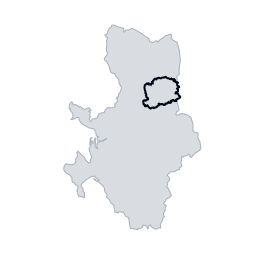 Zhytomyr on a map of Ukraine (Mercator projection), rotated 82°
{"feature_id": "UKR-324", "entity_name": "Zhytomyr", "entity_type": "Region", "adm_level": 1, "iso_a3": "UKR", "parent_name": "Ukraine", "parent_adm1": "", "projection": "mercator", "projection_center": [28.508, 50.617], "detail": "fine", "context": "in_parent", "style": "outline", "palette": "ink", "viewbox_px": 256, "rotation_deg": 82, "n_neighbors": 0, "source": "natural_earth", "source_scale": "10m", "svg_char_len": 7983}
<svg xmlns="http://www.w3.org/2000/svg" viewBox="0 0 256 256"><g transform="rotate(82 128 128)"><path d="M173.0,175.9L175.7,180.1L178.0,182.3L179.2,182.4L182.4,180.9L184.4,181.4L186.3,180.0L190.9,181.0L189.5,183.7L188.8,186.4L182.8,187.4L180.6,185.8L178.2,185.8L176.9,187.8L174.5,189.2L173.8,190.7L169.5,190.6L166.6,192.0L164.4,195.0L162.0,196.8L160.1,197.4L157.2,196.7L154.8,194.7L156.7,189.0L156.0,185.9L154.2,184.4L151.8,184.3L148.7,181.7L145.1,182.1L143.9,180.8L151.3,175.1L152.9,174.9L157.3,171.8L156.5,169.4L154.6,170.0L152.0,168.0L143.6,169.6L138.5,166.6L136.1,166.3L135.5,165.5L138.0,164.9L138.2,163.8L134.8,163.1L132.9,161.7L142.2,163.0L144.7,160.7L142.2,161.5L139.5,161.0L138.6,160.2L137.4,157.8L137.4,154.5L136.2,151.5L135.3,150.6L137.1,155.4L136.6,160.1L132.7,159.8L133.0,157.9L131.2,160.4L128.1,160.5L124.2,161.7L122.5,166.5L117.5,173.2L112.9,175.4L111.3,175.0L110.7,175.6L110.3,177.6L111.1,178.6L111.8,181.8L111.6,183.2L110.0,181.4L108.1,180.6L106.0,180.8L102.2,182.7L100.9,182.4L101.0,183.3L100.6,183.6L97.1,182.7L95.5,181.8L94.3,180.1L95.4,179.3L97.6,179.0L97.5,176.5L100.3,173.4L100.4,172.0L102.8,170.1L103.5,168.0L102.6,164.9L102.9,163.3L105.5,162.2L105.8,164.6L106.3,164.4L106.9,163.2L110.5,164.3L111.6,163.5L113.1,165.1L115.8,164.7L116.5,163.9L114.1,162.0L114.3,158.8L113.5,157.1L110.0,154.8L109.3,152.0L109.6,149.6L107.8,148.6L105.0,145.8L105.8,140.9L105.6,139.1L104.8,137.7L102.5,137.9L100.8,135.0L98.0,134.5L97.2,135.5L96.7,134.5L95.8,134.6L95.8,133.4L95.2,132.9L92.9,132.6L92.3,131.5L89.8,129.8L86.6,128.8L84.9,129.9L84.2,129.6L82.9,130.6L78.5,130.4L75.9,132.6L72.3,133.5L71.9,135.1L70.6,137.2L62.5,138.6L59.1,140.1L58.0,141.4L55.9,141.9L52.3,138.3L51.2,138.0L47.7,138.7L41.8,137.2L38.8,137.2L35.7,135.6L34.7,137.0L32.6,138.0L32.4,136.6L31.4,135.2L29.2,134.7L28.5,133.5L26.5,132.6L25.4,130.0L24.0,130.0L24.1,127.2L25.9,125.1L28.7,118.3L32.2,118.9L32.3,118.2L30.6,116.6L31.0,114.4L30.0,110.1L30.6,108.9L34.5,103.6L42.3,95.0L45.3,94.4L46.6,92.2L46.7,90.7L45.4,87.6L46.8,86.5L46.7,86.0L45.4,84.7L44.0,81.3L41.7,77.9L41.9,76.4L41.0,74.1L41.1,72.4L43.2,71.9L45.0,72.8L47.1,71.4L49.8,67.6L57.9,66.4L67.9,66.7L77.7,69.4L81.9,69.7L83.7,72.6L87.2,72.5L88.2,73.1L88.4,74.8L90.2,72.7L92.0,73.3L94.0,72.4L98.8,73.6L99.3,75.2L100.3,75.7L101.7,73.7L104.6,72.0L107.4,76.6L109.8,75.6L116.8,74.8L118.5,76.3L118.8,77.7L121.2,78.8L122.3,77.1L121.1,72.6L121.7,70.9L123.7,67.0L126.3,64.2L133.1,63.1L139.5,64.1L141.3,62.9L142.3,60.0L143.1,59.3L147.4,60.3L151.3,58.7L158.1,58.6L160.3,60.3L162.5,65.5L165.8,69.2L165.6,70.4L162.6,71.1L162.5,71.7L163.5,73.4L163.8,77.0L164.4,77.4L163.7,78.9L166.9,79.3L169.4,80.5L173.5,79.9L174.6,82.5L176.3,82.8L176.4,84.6L177.8,88.6L177.3,90.8L177.5,92.1L179.6,95.2L180.5,95.6L183.0,93.9L185.6,94.4L187.8,96.8L190.1,96.8L191.5,98.1L193.1,96.6L200.7,94.4L202.6,96.6L202.9,97.9L204.0,99.9L208.0,103.3L209.1,102.9L209.5,101.4L210.4,100.9L212.6,102.5L214.9,102.7L218.0,105.0L221.0,104.4L222.5,106.4L224.3,106.7L228.0,109.5L231.5,109.4L231.2,112.0L232.0,113.1L231.8,115.2L229.3,118.5L226.9,119.5L227.7,121.1L230.4,122.2L230.6,122.8L228.1,123.0L227.1,124.2L226.4,126.8L228.6,127.6L229.3,130.8L228.8,131.8L230.0,132.4L227.5,139.7L216.9,139.9L214.8,142.8L211.7,143.8L210.7,144.6L209.7,148.7L210.7,149.5L209.7,151.2L209.9,152.6L202.1,152.9L199.8,155.6L196.4,156.3L193.5,159.0L192.3,158.2L190.8,158.2L187.5,159.9L184.6,159.8L182.3,160.5L177.4,164.6L175.1,168.1L172.9,169.2L176.0,166.3L176.1,164.8L175.4,163.6L173.5,166.5L171.0,167.8L171.1,171.2L173.0,175.9ZM139.8,168.4L133.0,166.7L132.4,164.7L133.9,166.4L139.8,168.4Z" fill="#d9dde1" stroke="#a8b0b8" stroke-width="1"/><path d="M94.3,71.6L94.5,71.6L94.7,71.8L94.7,72.0L94.7,72.3L94.8,72.5L95.0,72.7L95.3,72.9L95.4,73.0L95.5,73.2L95.6,73.7L95.7,73.9L95.8,74.0L96.0,73.9L96.3,73.6L96.9,73.2L97.2,73.1L97.5,73.1L98.5,73.3L98.8,73.4L98.9,73.7L98.9,74.1L99.1,75.1L99.2,75.4L99.3,75.6L99.5,75.6L99.8,75.5L100.0,75.5L100.1,76.1L100.3,76.2L100.5,76.0L100.5,75.7L100.5,75.0L100.5,74.7L100.8,74.2L101.1,73.8L101.4,73.5L101.8,73.3L102.2,73.3L102.9,73.2L103.2,73.1L103.4,72.9L103.7,72.3L103.9,72.1L104.1,72.0L104.4,72.0L104.8,72.1L105.1,72.3L105.2,72.5L105.5,73.2L105.9,73.8L106.0,74.1L106.1,74.6L105.9,75.0L106.0,75.2L106.2,75.4L106.5,75.7L106.6,76.0L106.7,76.4L106.8,76.8L107.1,76.9L107.3,76.8L107.5,76.7L107.5,76.9L107.6,77.0L107.9,76.9L107.9,77.1L107.9,78.0L107.7,78.4L107.6,78.6L107.4,78.8L107.1,79.0L106.9,79.1L106.6,79.2L106.5,79.3L106.7,80.1L106.9,81.0L106.9,81.3L107.0,81.5L107.1,81.4L107.4,81.0L107.6,81.0L107.8,81.2L108.2,81.5L108.3,81.7L108.3,81.9L108.4,82.0L108.8,82.2L109.0,82.3L109.1,82.6L108.8,83.1L108.7,83.4L108.8,84.1L108.7,84.2L108.4,84.0L108.0,84.0L107.9,84.1L108.0,84.4L108.1,84.5L108.3,84.7L108.9,85.7L109.2,86.0L109.3,86.2L109.0,87.5L109.6,87.7L109.9,87.7L110.0,87.8L110.0,88.1L110.1,88.3L110.2,88.9L110.2,89.1L110.2,89.3L109.6,89.7L109.5,90.0L109.2,90.5L108.9,90.9L108.9,91.1L109.0,91.2L109.3,91.4L109.3,91.6L109.1,92.2L108.9,92.2L108.9,92.3L108.9,92.5L109.1,92.6L109.2,92.8L109.1,93.3L108.8,93.5L108.6,93.4L108.5,93.5L108.8,93.8L108.7,94.0L108.3,94.1L108.4,94.3L108.5,94.4L109.1,94.2L109.6,94.2L109.8,94.3L109.9,94.5L110.1,94.8L110.2,95.3L110.3,95.6L110.4,95.9L110.4,96.0L110.5,96.1L110.8,96.1L111.1,96.7L111.2,96.8L111.4,96.9L111.4,97.0L111.4,97.9L111.4,98.5L111.5,98.7L111.8,98.9L111.8,99.1L111.8,99.4L111.9,99.6L111.8,99.8L111.6,99.9L111.2,100.1L111.1,100.3L111.3,101.2L111.2,101.4L111.2,101.5L111.9,102.8L111.9,103.0L111.5,103.4L111.1,103.7L111.0,103.9L110.7,104.3L110.4,104.4L110.2,104.6L109.8,104.8L109.4,105.1L109.1,105.1L108.9,105.3L108.6,105.4L108.4,105.6L108.5,105.7L108.6,105.9L108.6,106.2L108.5,106.6L108.2,107.0L108.4,107.1L108.9,107.0L109.0,107.1L109.0,107.5L108.9,107.6L108.7,107.7L108.6,107.8L108.6,108.1L108.3,108.1L108.2,108.1L107.7,108.6L106.8,108.7L106.6,108.8L106.5,109.2L106.4,109.3L106.2,109.2L104.9,109.3L104.1,109.2L103.7,109.2L103.3,109.1L103.2,109.0L103.1,108.9L103.3,108.6L103.2,108.2L103.1,107.9L102.8,107.7L102.9,107.4L103.4,106.6L103.0,106.2L102.9,106.0L102.7,105.6L102.7,105.3L102.7,105.0L102.7,104.9L102.6,104.7L102.4,104.5L102.4,104.4L102.4,104.2L102.2,104.1L101.5,104.0L101.4,104.0L101.2,104.3L101.1,104.5L100.7,104.6L100.5,104.8L100.4,105.1L100.3,105.4L100.2,105.5L99.1,105.4L98.7,105.6L98.4,105.7L98.2,105.5L97.9,105.3L96.8,105.3L96.7,105.3L96.4,105.7L96.3,105.8L96.2,105.9L95.9,105.9L95.7,105.9L95.1,105.7L94.9,105.6L94.6,105.8L93.5,105.8L92.5,106.1L92.1,106.1L91.3,106.0L90.3,106.1L87.9,105.4L87.8,105.2L87.7,104.9L87.2,104.2L87.2,103.9L87.2,103.7L86.6,103.5L86.5,103.3L86.6,102.9L86.9,102.8L87.0,102.7L86.9,102.5L86.6,101.9L86.6,101.7L87.2,101.8L87.3,101.8L87.5,101.7L87.9,101.4L87.9,101.2L88.0,101.0L87.9,100.8L87.8,100.7L87.6,100.6L87.5,100.4L87.5,100.1L87.7,99.8L87.8,99.7L87.7,99.7L87.5,99.3L87.8,99.1L87.8,98.9L87.7,98.8L87.3,98.3L87.3,98.2L87.3,97.6L87.3,97.3L87.3,97.2L87.2,97.2L86.8,97.6L86.7,97.8L86.1,97.8L85.9,97.8L85.9,97.7L85.8,97.4L85.4,97.1L85.3,96.9L85.2,96.9L84.9,96.8L84.9,96.7L85.0,96.5L84.9,96.4L83.8,95.7L83.7,95.5L83.7,95.3L83.6,95.2L83.1,95.0L82.9,94.8L82.9,94.7L83.1,93.9L83.2,93.7L83.4,93.5L83.8,93.3L83.8,93.2L83.7,93.1L83.3,93.0L83.1,92.6L82.9,92.4L82.7,92.1L82.9,91.6L83.0,91.3L83.0,91.2L82.9,91.1L82.6,90.9L82.5,90.7L82.8,89.9L83.0,89.6L83.4,88.8L83.4,88.5L83.3,88.2L82.9,87.5L82.9,87.3L82.9,87.0L83.0,86.0L83.0,85.7L82.8,85.4L82.8,85.2L83.0,85.0L83.0,84.9L82.8,84.6L82.8,84.2L82.6,83.8L82.7,83.6L82.8,83.3L82.9,83.2L83.0,83.1L83.4,83.0L83.7,82.8L84.0,82.3L84.2,82.0L84.3,81.8L84.4,81.0L84.7,80.7L84.9,80.1L85.0,80.0L85.3,79.8L85.5,79.5L85.5,79.2L85.1,78.2L85.9,77.8L86.0,77.7L86.2,77.3L86.2,77.1L85.9,76.9L85.9,76.7L86.1,75.5L86.3,75.5L86.5,75.9L86.6,76.0L87.0,76.4L87.3,76.3L87.2,76.2L87.0,75.8L86.9,75.7L87.0,75.2L87.0,74.9L87.6,74.7L88.0,74.6L88.2,74.9L88.4,75.0L88.5,75.1L88.8,74.9L89.4,74.2L89.5,73.8L89.4,73.2L89.5,72.8L89.7,72.5L89.9,72.3L90.1,72.3L90.4,72.4L91.1,73.2L91.3,73.3L91.5,73.3L92.7,73.3L92.9,73.3L93.2,73.0L93.5,72.3L93.8,71.9L94.0,71.7L94.3,71.6Z" fill="none" stroke="#020617" stroke-width="2"/></g></svg>